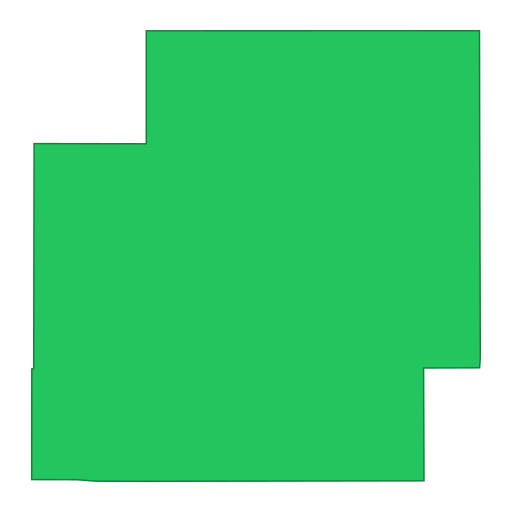 Coal, Oklahoma, United States of America (Albers equal-area conic projection)
{"feature_id": "52423323B50350811267407", "entity_name": "Coal", "entity_type": "district", "adm_level": 2, "iso_a3": "USA", "parent_name": "United States of America", "parent_adm1": "Oklahoma", "projection": "albers", "projection_center": [-96.329, 34.593], "detail": "fine", "context": "isolated", "style": "filled", "palette": "green", "viewbox_px": 512, "rotation_deg": 0, "n_neighbors": 0, "source": "geoboundaries", "source_scale": "gbopen_adm2", "svg_char_len": 316}
<svg xmlns="http://www.w3.org/2000/svg" viewBox="0 0 512 512"><path d="M145.0,481.3L424.0,480.8L423.6,368.0L479.6,367.8L480.3,357.7L479.7,142.8L479.5,30.7L146.3,30.8L146.3,143.8L34.1,143.6L33.7,368.7L31.8,368.9L31.7,479.6L76.5,479.7L96.4,481.2L145.0,481.3Z" fill="#22c55e" stroke="#15803d" stroke-width="1.5"/></svg>